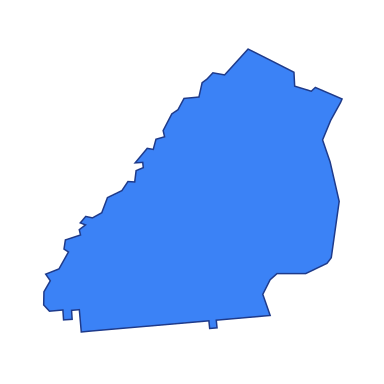 the district of Wayne, Georgia, United States of America, rotated 265°
{"feature_id": "52423323B68831425011801", "entity_name": "Wayne", "entity_type": "district", "adm_level": 2, "iso_a3": "USA", "parent_name": "United States of America", "parent_adm1": "Georgia", "projection": "natural_earth1", "projection_center": [-81.896, 31.578], "detail": "fine", "context": "isolated", "style": "filled", "palette": "blue", "viewbox_px": 384, "rotation_deg": 265, "n_neighbors": 0, "source": "geoboundaries", "source_scale": "gbopen_adm2", "svg_char_len": 949}
<svg xmlns="http://www.w3.org/2000/svg" viewBox="0 0 384 384"><g transform="rotate(265 192 192)"><path d="M303.2,216.8L300.0,211.6L286.0,207.2L285.9,192.2L275.2,185.2L271.6,178.7L255.7,168.6L249.4,169.5L247.7,160.7L237.8,157.1L239.4,151.2L226.0,137.9L225.8,145.5L220.5,145.6L218.2,138.2L207.0,135.8L208.0,129.1L199.5,122.3L193.8,107.3L179.2,100.3L174.9,90.6L176.9,84.0L171.0,78.0L168.5,83.0L164.3,76.4L158.9,77.2L155.3,61.7L146.3,59.5L143.0,63.7L127.0,52.8L122.9,39.1L115.9,43.1L105.5,35.8L92.4,34.4L85.7,39.6L85.7,53.1L75.8,52.9L75.6,61.5L84.6,61.7L84.6,69.5L62.2,69.5L62.3,79.1L62.2,197.6L54.5,197.7L54.5,205.1L62.2,205.0L62.2,259.1L83.9,253.6L97.8,262.2L103.3,269.6L100.8,298.1L109.2,320.3L114.4,325.0L169.8,337.8L209.9,332.2L232.5,326.6L251.3,336.4L268.1,347.7L271.6,349.6L285.4,324.0L282.0,319.6L288.5,303.5L302.4,304.0L323.2,270.6L329.5,260.3L305.8,234.7L308.9,223.2L303.2,216.8Z" fill="#3b82f6" stroke="#1e3a8a" stroke-width="1.5"/></g></svg>